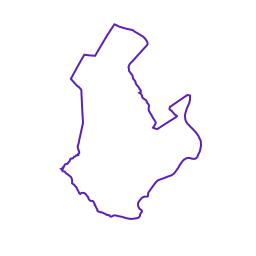 the district of Zondoma, Zondoma, Burkina Faso, rotated 120°
{"feature_id": "67063806B77925181323544", "entity_name": "Zondoma", "entity_type": "district", "adm_level": 2, "iso_a3": "BFA", "parent_name": "Burkina Faso", "parent_adm1": "Zondoma", "projection": "natural_earth1", "projection_center": [-2.323, 13.202], "detail": "fine", "context": "isolated", "style": "outline", "palette": "violet", "viewbox_px": 256, "rotation_deg": 120, "n_neighbors": 0, "source": "geoboundaries", "source_scale": "gbopen_adm2", "svg_char_len": 4627}
<svg xmlns="http://www.w3.org/2000/svg" viewBox="0 0 256 256"><g transform="rotate(120 128 128)"><path d="M196.9,165.0L197.0,165.2L197.9,163.1L198.0,162.8L197.8,162.2L197.6,161.7L197.5,161.0L197.5,160.5L197.9,159.9L198.3,158.6L198.3,156.9L198.5,155.7L198.7,155.1L198.8,153.3L199.0,152.8L199.3,152.3L200.3,151.2L200.7,150.7L201.2,150.3L203.8,148.8L204.0,148.2L204.0,146.7L204.1,146.1L204.8,144.7L205.0,143.5L205.4,142.6L205.9,142.1L206.4,141.6L206.9,140.5L207.4,139.6L207.8,139.1L208.9,137.5L209.0,137.0L209.0,136.4L208.2,136.2L207.4,135.7L207.2,135.4L206.9,134.9L206.4,133.9L206.2,133.5L206.3,132.0L206.6,131.0L207.5,129.2L207.8,127.8L208.6,127.2L209.2,126.5L209.7,125.1L209.8,124.1L209.6,123.5L209.0,122.3L208.9,121.6L209.1,121.2L209.2,120.8L210.1,119.7L210.4,119.0L210.8,118.5L211.6,118.2L211.6,117.8L211.6,117.4L212.7,116.0L214.1,113.6L214.4,113.6L214.8,113.3L215.1,112.8L215.1,111.7L214.8,110.4L214.9,110.1L214.9,109.7L214.3,109.0L214.1,108.6L214.0,106.7L213.8,105.3L213.9,104.0L213.8,103.3L213.8,102.9L213.5,102.1L213.0,100.8L213.0,100.1L213.3,99.9L213.5,99.1L213.3,98.5L213.0,98.0L212.5,97.6L211.7,97.3L211.4,97.1L211.0,96.6L210.6,96.2L210.4,95.9L210.0,95.2L209.4,93.2L207.8,88.3L207.0,84.5L206.6,83.3L205.9,81.4L205.5,80.9L205.4,80.2L205.3,79.9L204.9,79.5L204.6,79.0L203.9,78.0L203.5,77.5L203.1,77.2L202.9,77.0L202.7,76.7L202.7,76.4L202.1,75.7L201.6,75.1L201.1,74.6L200.5,74.1L200.1,74.0L199.5,73.9L198.8,73.7L198.0,73.8L197.4,74.0L196.9,74.2L196.3,74.3L195.7,74.4L194.7,74.4L193.9,74.2L193.1,74.3L192.8,74.6L192.6,74.9L192.4,75.2L192.3,75.7L192.3,76.2L192.3,76.9L192.2,77.4L192.0,77.9L191.8,78.4L191.2,79.2L190.9,79.7L190.4,80.3L189.7,80.8L189.0,81.2L188.2,81.6L186.7,81.9L183.7,81.5L181.6,81.1L180.1,80.2L179.3,79.5L178.8,78.7L178.5,78.1L178.1,77.5L177.8,77.1L177.3,76.8L177.0,76.7L176.6,76.8L176.2,77.0L175.6,77.4L174.7,77.8L173.6,78.1L170.2,77.7L164.1,77.2L160.9,76.7L158.8,76.1L157.8,75.5L156.3,74.3L153.9,72.1L152.7,71.2L150.1,69.2L148.0,67.3L146.8,66.5L145.2,65.7L143.5,65.2L140.5,64.9L137.0,64.5L134.7,64.7L130.9,64.4L128.8,64.1L127.3,63.6L125.3,62.5L124.4,61.7L123.7,60.7L123.1,59.5L122.6,57.4L121.9,55.7L121.4,54.9L121.0,54.5L120.4,54.1L119.5,53.7L118.6,53.5L117.8,53.5L116.6,53.8L114.6,54.0L113.2,54.0L111.4,54.4L109.6,55.0L106.5,56.0L104.4,57.5L103.3,58.1L102.2,59.4L101.1,61.1L99.9,62.8L98.9,64.7L98.0,66.7L96.6,71.1L96.2,72.6L95.9,73.8L95.3,75.8L95.0,77.0L94.5,78.8L93.7,80.3L92.8,81.7L92.0,82.6L90.8,83.4L89.4,84.5L87.8,85.3L85.2,86.0L81.1,86.9L78.7,87.1L77.3,87.3L75.8,87.4L74.4,87.9L72.6,88.4L71.1,89.2L68.9,90.5L69.1,91.4L69.4,92.1L69.6,92.8L70.1,93.3L76.2,96.2L83.9,99.9L88.5,102.0L88.6,102.3L89.5,102.1L91.1,101.3L91.4,98.6L91.7,97.7L91.9,97.1L92.4,96.0L92.8,94.8L93.1,93.3L93.0,92.2L93.2,91.8L93.2,91.5L93.7,91.5L94.0,91.6L94.5,91.9L95.2,92.2L104.7,97.2L110.8,100.3L114.0,101.9L114.4,102.2L114.6,102.6L114.8,103.9L115.1,105.8L115.2,106.5L111.4,106.3L110.4,106.4L109.8,106.5L109.3,106.9L108.8,107.6L108.2,108.6L106.7,111.6L105.4,113.6L104.3,115.7L103.5,117.0L102.8,118.2L101.8,119.3L100.7,119.9L99.4,120.5L98.3,120.9L97.5,121.7L97.0,122.7L96.8,123.7L96.0,124.5L95.0,126.2L94.9,126.9L94.8,128.2L94.8,129.1L94.4,130.5L94.0,131.3L92.6,132.5L92.2,133.2L92.0,133.9L91.9,135.8L91.6,135.6L90.3,134.9L90.1,135.0L89.4,135.4L88.8,136.4L88.4,137.5L87.7,138.6L87.1,139.5L86.9,140.7L86.2,142.2L85.9,142.8L85.7,143.3L85.3,143.9L84.2,144.6L83.6,145.7L83.3,146.6L82.7,148.2L82.0,148.8L81.1,149.7L80.4,150.4L80.0,150.9L79.9,151.2L79.2,153.0L79.0,153.4L78.2,155.4L77.7,155.9L76.4,156.7L75.2,157.9L73.6,158.3L72.1,158.5L70.7,158.3L69.3,157.9L66.0,157.1L61.6,156.2L50.1,153.7L46.4,152.9L45.8,153.0L45.2,153.2L44.5,153.7L43.5,155.0L42.5,156.8L41.7,159.0L41.3,160.8L41.3,162.8L41.2,166.4L41.2,170.5L40.9,172.2L41.1,173.9L42.0,176.4L42.9,179.3L43.7,182.2L44.6,186.3L44.8,189.5L45.0,191.6L58.7,192.4L81.9,192.6L84.2,197.3L86.4,202.5L100.3,202.4L114.0,202.1L115.6,197.4L117.2,192.2L116.9,191.5L117.0,191.2L118.3,187.5L125.8,182.7L133.1,178.0L139.1,174.1L146.2,169.4L148.6,168.7L163.5,164.0L165.5,163.2L167.0,162.9L167.8,162.7L168.7,162.6L169.7,162.0L171.0,160.8L172.9,158.5L173.5,158.1L174.2,157.7L174.7,157.9L175.1,158.1L175.3,158.2L175.7,158.3L175.9,158.1L176.3,157.5L176.8,157.9L177.2,158.3L177.6,159.2L178.6,159.3L178.9,159.3L179.4,159.8L179.8,160.4L181.6,160.5L181.9,160.7L182.2,160.9L182.4,161.1L182.6,161.4L182.8,162.0L183.1,162.3L183.6,162.4L186.3,162.0L187.5,162.5L188.8,162.4L189.3,162.6L190.2,163.7L190.6,164.1L191.2,164.4L192.4,164.4L193.0,164.1L193.9,164.2L194.6,164.8L194.9,164.9L195.2,164.8L195.3,164.3L195.5,164.0L195.9,163.9L196.3,164.2L196.9,165.0Z" fill="none" stroke="#5b21b6" stroke-width="2"/></g></svg>